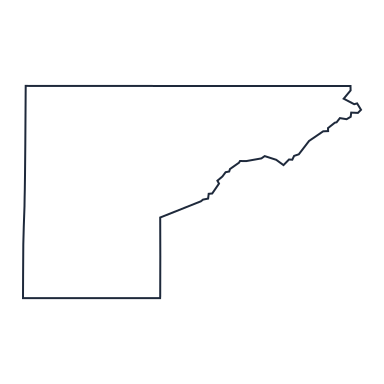 the district of Mesa, Colorado, United States of America
{"feature_id": "52423323B90693029046288", "entity_name": "Mesa", "entity_type": "district", "adm_level": 2, "iso_a3": "USA", "parent_name": "United States of America", "parent_adm1": "Colorado", "projection": "robinson", "projection_center": [-108.07, 38.933], "detail": "fine", "context": "isolated", "style": "outline", "palette": "slate", "viewbox_px": 384, "rotation_deg": 0, "n_neighbors": 0, "source": "geoboundaries", "source_scale": "gbopen_adm2", "svg_char_len": 794}
<svg xmlns="http://www.w3.org/2000/svg" viewBox="0 0 384 384"><path d="M336.6,122.3L339.9,118.1L346.6,119.2L350.7,116.8L351.2,112.6L357.9,112.9L361.0,109.8L357.1,103.4L354.2,104.2L343.7,98.7L350.6,90.4L350.5,86.0L215.1,86.0L25.7,85.9L25.3,144.8L25.0,175.7L24.8,189.7L24.8,189.8L24.6,198.9L24.6,199.1L24.5,206.3L23.8,225.8L23.3,244.3L23.1,273.8L23.0,298.1L160.1,298.1L160.2,296.1L160.3,256.9L160.2,217.5L200.9,201.3L203.0,199.6L208.1,198.6L208.7,193.8L212.2,193.5L219.0,183.6L217.4,180.7L222.4,176.5L225.6,172.2L229.2,171.5L230.0,169.0L239.0,162.7L240.0,161.0L246.2,161.1L261.4,158.4L264.7,156.1L276.2,159.8L283.5,165.1L289.0,159.5L292.3,159.7L294.1,155.9L298.8,154.3L309.1,140.9L323.2,131.3L328.1,131.1L328.0,128.1L334.8,122.7L336.6,122.3Z" fill="none" stroke="#1e293b" stroke-width="2"/></svg>